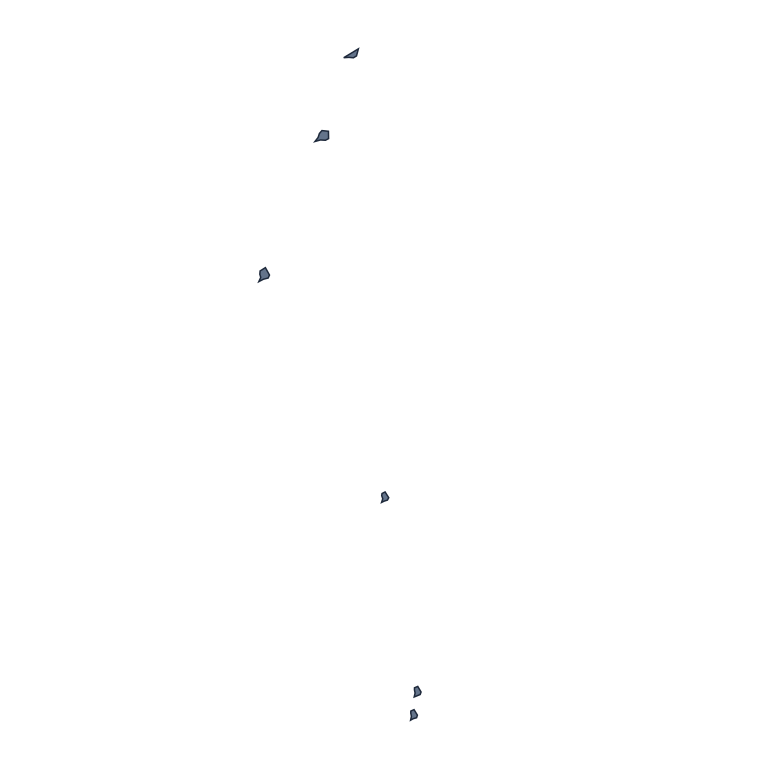 SVG path tracing the border of Shaviyani, rotated 226°
{"feature_id": "MDV-5225", "entity_name": "Shaviyani", "entity_type": "Atoll", "adm_level": 1, "iso_a3": "MDV", "parent_name": "Maldives", "parent_adm1": "", "projection": "robinson", "projection_center": [73.113, 6.266], "detail": "coarse", "context": "isolated", "style": "filled", "palette": "slate", "viewbox_px": 768, "rotation_deg": 226, "n_neighbors": 0, "source": "natural_earth", "source_scale": "10m", "svg_char_len": 776}
<svg xmlns="http://www.w3.org/2000/svg" viewBox="0 0 768 768"><g transform="rotate(226 384 384)"><path d="M606.4,502.8L607.1,507.8L609.1,511.6L609.4,515.4L604.4,519.6L599.0,514.6L600.0,511.2L603.7,507.8L606.4,502.8ZM544.6,365.1L546.3,369.4L549.2,370.9L551.4,373.4L550.1,379.5L541.9,377.3L540.7,374.3L543.1,370.1L544.6,365.1ZM643.3,585.7L646.7,581.7L642.9,598.4L639.1,592.1L639.9,588.6L643.3,585.7ZM137.9,188.3L140.1,191.7L142.8,193.4L144.3,194.9L143.0,198.2L136.7,196.7L135.5,194.3L137.9,188.3ZM123.7,169.6L125.9,172.9L128.6,174.6L130.1,176.1L128.9,179.4L122.6,178.0L121.3,175.6L123.0,172.4L123.7,169.6ZM300.5,300.0L302.3,303.4L305.3,304.8L306.6,306.5L305.6,309.8L298.9,308.4L298.1,305.8L299.6,302.8L300.5,300.0Z" fill="#64748b" stroke="#1e293b" stroke-width="1.5"/></g></svg>